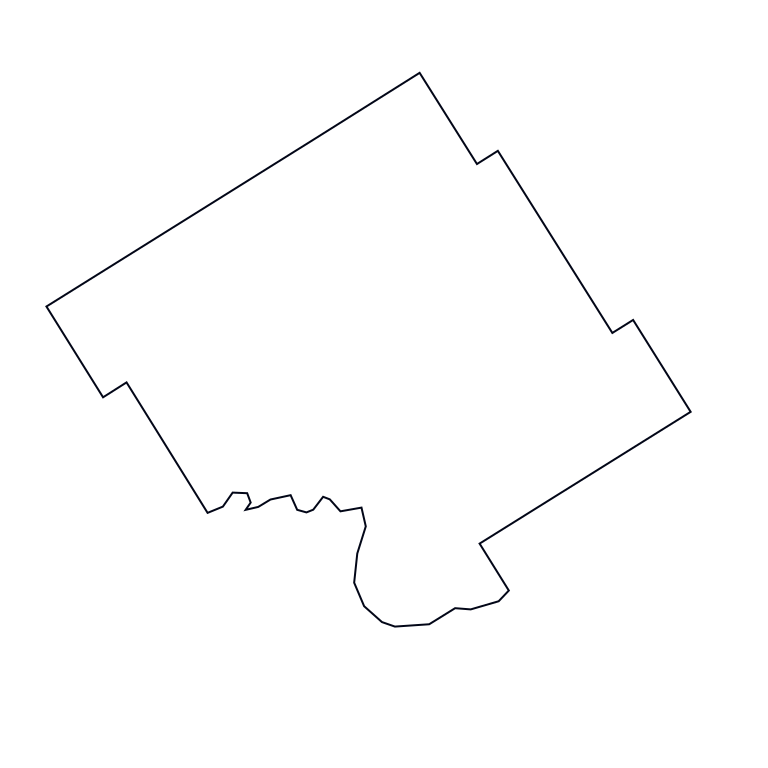 outline of Mountrail, North Dakota, United States of America, rotated 328°
{"feature_id": "52423323B97339274287027", "entity_name": "Mountrail", "entity_type": "district", "adm_level": 2, "iso_a3": "USA", "parent_name": "United States of America", "parent_adm1": "North Dakota", "projection": "natural_earth1", "projection_center": [-102.535, 48.15], "detail": "fine", "context": "isolated", "style": "outline", "palette": "ink", "viewbox_px": 768, "rotation_deg": 328, "n_neighbors": 0, "source": "geoboundaries", "source_scale": "gbopen_adm2", "svg_char_len": 658}
<svg xmlns="http://www.w3.org/2000/svg" viewBox="0 0 768 768"><g transform="rotate(328 384 384)"><path d="M138.8,139.4L138.7,246.4L166.5,246.2L166.4,300.9L166.1,399.8L182.4,402.6L198.1,395.9L210.1,404.1L208.1,413.9L200.0,417.4L212.2,421.6L226.5,421.8L245.9,428.8L243.7,444.7L250.2,451.8L257.4,453.1L272.6,447.4L276.9,453.1L279.6,468.9L299.4,476.9L293.1,495.1L271.5,513.6L253.4,536.7L249.4,561.9L256.1,584.8L264.7,595.5L295.0,611.7L325.5,611.8L338.1,621.1L366.1,629.0L380.4,625.3L380.5,570.0L629.3,570.1L629.2,461.7L604.7,461.7L604.1,246.6L579.4,246.7L579.1,139.0L453.4,139.4L390.9,139.4L138.8,139.4Z" fill="none" stroke="#020617" stroke-width="2"/></g></svg>